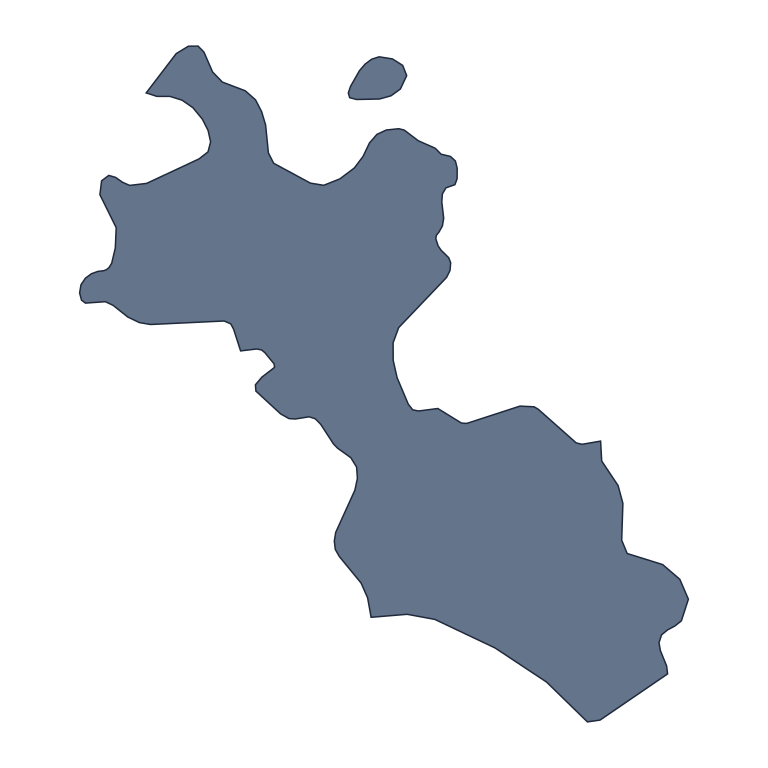 SVG path tracing the border of Caltanissetta
{"feature_id": "ITA-5416", "entity_name": "Caltanissetta", "entity_type": "Province", "adm_level": 1, "iso_a3": "ITA", "parent_name": "Italy", "parent_adm1": "", "projection": "mercator", "projection_center": [14.011, 37.367], "detail": "fine", "context": "isolated", "style": "filled", "palette": "slate", "viewbox_px": 768, "rotation_deg": 0, "n_neighbors": 0, "source": "natural_earth", "source_scale": "10m", "svg_char_len": 2067}
<svg xmlns="http://www.w3.org/2000/svg" viewBox="0 0 768 768"><path d="M587.4,721.9L546.6,682.1L495.1,648.0L434.8,619.4L407.2,614.3L371.1,617.3L367.6,597.8L361.1,583.1L339.3,556.5L335.3,549.4L334.3,541.1L335.7,532.4L354.9,490.1L357.4,478.4L356.6,467.1L350.8,457.7L337.7,448.3L333.5,444.0L320.7,424.3L315.3,418.8L309.1,416.8L295.4,419.0L289.0,418.6L280.6,413.9L255.9,391.1L255.4,384.8L261.9,377.1L274.5,367.4L274.1,363.9L264.8,352.6L261.5,349.9L256.6,349.0L240.6,350.9L233.6,329.2L230.8,323.9L224.1,321.0L150.5,324.5L139.4,322.6L127.9,317.1L113.0,305.3L105.4,301.7L85.4,303.1L81.5,300.1L79.6,292.9L81.0,284.7L85.4,278.2L91.5,273.7L97.9,271.4L103.7,270.7L106.4,269.7L109.0,267.6L111.7,263.2L115.3,248.0L116.2,227.7L99.9,194.7L101.6,180.8L108.8,175.4L115.6,177.4L122.4,182.2L129.6,185.4L146.6,183.4L199.0,158.9L208.0,151.9L210.6,141.9L208.1,130.5L202.4,119.2L192.9,107.7L182.1,100.2L170.0,96.4L156.9,96.4L146.2,92.9L176.2,53.6L188.4,46.2L198.1,46.1L204.0,52.2L212.6,72.0L222.4,82.1L245.3,90.8L255.5,99.8L261.6,111.6L265.6,124.9L268.4,152.9L273.7,163.3L310.4,183.1L323.7,185.3L339.8,178.9L354.3,168.0L363.0,156.5L369.5,142.9L376.9,134.4L386.3,130.0L398.8,128.7L404.3,130.1L418.2,140.7L435.3,148.3L441.1,154.2L450.4,156.4L455.4,161.0L457.2,168.3L457.1,178.8L454.9,184.7L446.0,187.8L442.4,193.9L441.8,201.9L443.7,218.3L442.4,226.0L438.9,232.2L436.4,235.3L435.8,238.7L438.2,246.0L441.1,250.2L448.7,257.7L450.7,262.8L450.0,270.5L446.6,277.4L398.7,327.6L393.1,342.8L393.2,360.3L397.1,377.7L408.3,404.2L412.7,409.8L418.5,411.0L437.8,408.5L461.5,423.1L466.8,423.4L520.0,406.1L534.1,406.8L538.2,409.2L576.2,442.9L582.1,444.3L600.6,441.1L601.7,461.0L618.1,485.6L622.9,503.4L621.7,540.2L627.2,553.5L662.7,564.6L679.8,579.3L688.4,599.2L681.4,620.8L674.9,626.0L667.6,629.9L661.6,634.8L659.0,642.7L660.4,650.6L666.6,665.9L667.6,673.9L600.0,720.1L587.4,721.9ZM379.1,56.8L392.4,58.9L402.7,65.4L406.7,75.6L400.4,89.0L391.0,95.8L379.6,99.0L356.7,99.5L349.7,97.7L348.3,93.0L350.6,86.2L359.5,70.6L365.2,64.0L371.7,59.2L379.1,56.8Z" fill="#64748b" stroke="#1e293b" stroke-width="1.5"/></svg>